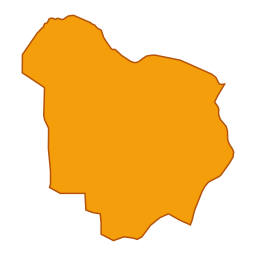 SVG path tracing the border of Ouaddaï
{"feature_id": "TCD-1475", "entity_name": "Ouaddaï", "entity_type": "Prefecture", "adm_level": 1, "iso_a3": "TCD", "parent_name": "Chad", "parent_adm1": "", "projection": "equal_earth", "projection_center": [21.069, 13.569], "detail": "fine", "context": "isolated", "style": "filled", "palette": "amber", "viewbox_px": 256, "rotation_deg": 0, "n_neighbors": 0, "source": "natural_earth", "source_scale": "10m", "svg_char_len": 1673}
<svg xmlns="http://www.w3.org/2000/svg" viewBox="0 0 256 256"><path d="M224.7,84.0L217.2,96.6L214.9,101.5L214.8,102.6L217.0,105.3L218.4,107.8L218.8,109.6L218.6,111.6L218.6,114.4L220.2,119.2L226.2,126.5L227.5,131.3L227.6,138.5L228.0,140.9L229.2,143.9L232.5,149.1L233.7,152.0L232.9,157.2L229.6,162.9L221.1,174.8L219.5,176.3L209.5,181.5L207.9,182.7L204.7,186.7L202.0,191.6L194.4,210.8L192.1,220.2L190.6,224.1L190.4,224.9L179.9,220.2L168.5,213.8L160.0,217.6L150.5,225.3L141.9,236.8L137.2,239.4L133.4,238.1L123.9,236.8L113.5,240.6L101.1,234.2L101.1,222.7L100.2,213.8L92.6,212.5L85.9,210.0L85.0,193.4L70.7,193.4L60.3,193.4L49.5,187.5L50.1,185.7L50.5,184.2L50.5,171.1L48.4,148.7L48.6,128.6L48.3,127.5L45.0,120.7L44.3,118.2L43.8,115.3L44.5,88.3L44.1,87.5L43.2,86.7L22.3,72.8L22.4,54.6L37.0,33.4L42.2,27.8L43.7,26.6L44.1,24.8L44.5,24.0L44.8,23.6L47.1,22.8L47.5,22.3L47.8,21.8L48.5,20.2L49.1,19.0L49.7,18.6L50.4,18.3L52.1,18.2L52.7,18.3L53.7,18.6L54.3,18.8L54.7,19.1L55.1,19.3L55.6,19.3L56.0,19.1L56.9,18.5L57.3,18.3L57.8,18.3L61.0,19.3L62.2,19.5L62.7,19.5L63.3,19.3L67.6,16.4L68.1,16.2L68.5,16.0L72.7,15.4L73.6,15.4L74.2,15.6L90.6,22.7L91.0,23.0L91.8,23.8L92.3,24.1L94.2,24.9L94.8,25.2L95.1,25.6L96.5,27.3L97.3,28.0L98.0,28.6L100.7,29.8L101.1,30.2L101.3,30.6L101.6,31.2L103.5,37.1L105.8,41.0L111.2,48.6L111.7,49.0L112.2,49.3L113.1,49.6L114.2,49.4L114.8,49.4L115.2,49.5L121.7,55.5L130.7,61.4L133.9,62.5L135.7,62.6L136.7,62.4L138.5,61.7L139.4,61.2L141.0,59.9L141.8,59.2L146.0,56.3L148.7,55.6L154.2,55.1L155.5,55.2L180.3,60.2L211.8,74.2L215.8,77.4L216.2,78.0L218.5,82.7L219.5,84.0L220.7,84.4L222.2,84.4L224.6,84.0L224.7,84.0Z" fill="#f59e0b" stroke="#b45309" stroke-width="1.5"/></svg>